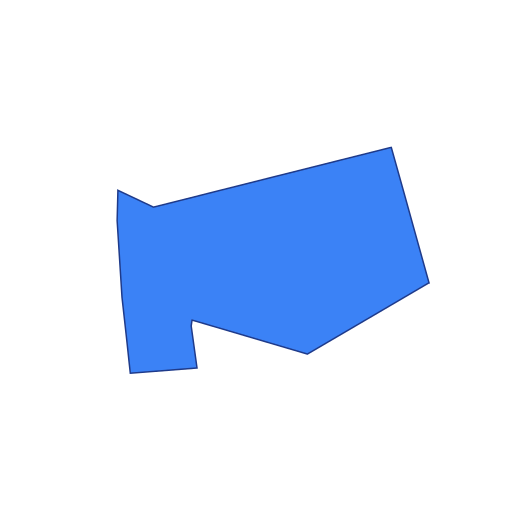 the district of Nubariyya West, Al Buhayrah, Egypt, rotated 222°
{"feature_id": "37247803B65833428461725", "entity_name": "Nubariyya West", "entity_type": "district", "adm_level": 2, "iso_a3": "EGY", "parent_name": "Egypt", "parent_adm1": "Al Buhayrah", "projection": "orthographic", "projection_center": [29.948, 30.431], "detail": "fine", "context": "isolated", "style": "filled", "palette": "blue", "viewbox_px": 512, "rotation_deg": 222, "n_neighbors": 0, "source": "geoboundaries", "source_scale": "gbopen_adm2", "svg_char_len": 586}
<svg xmlns="http://www.w3.org/2000/svg" viewBox="0 0 512 512"><g transform="rotate(222 256 256)"><path d="M271.0,84.8L270.3,85.5L224.9,133.3L249.1,153.7L257.3,160.6L260.4,165.2L260.6,165.6L260.4,165.7L245.0,173.1L152.2,217.5L126.0,299.9L109.6,351.6L109.4,351.8L109.9,352.1L160.7,384.4L186.6,400.9L228.1,427.2L228.9,426.2L256.8,384.7L295.3,327.4L329.6,276.3L352.1,242.7L364.9,223.7L402.6,212.4L402.2,212.0L382.9,189.4L355.6,162.7L346.3,153.6L327.9,135.6L321.6,130.0L307.2,117.2L294.3,105.7L281.4,94.1L271.0,84.8L271.0,84.8Z" fill="#3b82f6" stroke="#1e3a8a" stroke-width="1.5"/></g></svg>